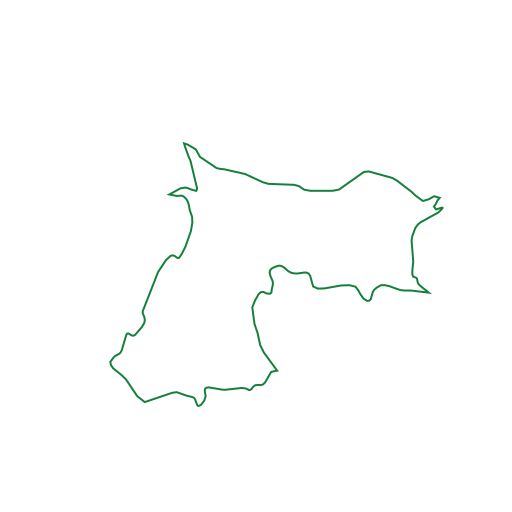 the County of Koprivničko-Križevačka, rotated 323°
{"feature_id": "HRV-1608", "entity_name": "Koprivničko-Križevačka", "entity_type": "County", "adm_level": 1, "iso_a3": "HRV", "parent_name": "Croatia", "parent_adm1": "", "projection": "albers", "projection_center": [16.81, 46.118], "detail": "fine", "context": "isolated", "style": "outline", "palette": "green", "viewbox_px": 512, "rotation_deg": 323, "n_neighbors": 0, "source": "natural_earth", "source_scale": "10m", "svg_char_len": 2650}
<svg xmlns="http://www.w3.org/2000/svg" viewBox="0 0 512 512"><g transform="rotate(323 256 256)"><path d="M273.7,151.2L277.4,162.0L280.0,165.1L282.7,167.5L296.6,183.9L305.8,201.1L309.4,205.9L329.3,222.1L332.4,226.1L334.3,231.9L338.6,236.6L356.7,250.2L362.3,252.9L392.7,253.8L396.9,256.3L411.9,275.8L414.0,280.8L418.8,298.1L419.7,303.5L422.4,312.5L428.2,314.7L434.3,315.5L437.7,320.1L434.9,320.7L430.3,322.9L427.8,323.6L427.8,327.2L433.3,329.1L434.0,329.7L433.6,330.1L431.1,330.6L427.4,330.9L407.8,328.1L404.2,328.3L400.3,329.4L393.2,333.9L391.3,335.5L389.2,337.8L378.3,355.0L372.3,361.5L369.9,364.6L369.1,366.9L370.8,369.8L370.9,371.1L369.1,374.8L368.9,376.6L369.4,379.3L371.9,389.2L358.8,376.7L353.6,372.8L351.5,370.8L349.3,368.0L344.2,360.1L341.1,356.6L338.1,354.5L333.1,353.9L330.2,354.1L327.8,354.9L321.6,359.6L319.4,359.8L317.7,358.7L316.2,354.6L316.3,350.2L317.0,344.9L317.0,340.4L313.0,335.5L306.3,330.8L291.0,323.0L285.6,319.1L283.3,314.7L287.4,304.2L287.5,301.8L286.4,299.7L284.5,298.2L278.2,294.7L275.8,292.7L274.0,290.5L272.9,288.1L272.4,286.7L272.0,284.4L271.1,280.9L270.1,279.1L268.8,277.7L266.2,276.6L263.5,275.8L261.0,275.5L258.9,275.8L257.1,277.2L255.6,280.3L254.2,285.9L253.5,287.4L252.0,289.2L248.4,292.2L247.4,293.4L246.1,294.5L244.5,294.6L241.8,292.2L240.5,289.4L238.2,287.8L235.3,288.0L228.5,290.9L222.1,294.8L218.3,301.5L213.9,309.4L210.8,318.7L205.7,329.7L204.2,337.8L203.9,360.3L198.4,357.7L187.3,362.4L184.5,362.8L182.1,362.0L180.5,360.5L177.5,358.7L175.2,358.7L172.0,359.6L170.6,359.4L169.6,358.8L169.0,357.1L167.6,355.1L165.2,352.8L150.9,344.3L148.7,342.5L139.2,332.5L137.1,331.3L135.6,331.4L134.6,332.2L133.5,333.5L132.8,334.9L131.6,337.4L130.2,338.6L127.5,340.4L122.5,341.8L120.3,341.4L119.3,340.3L120.0,337.1L120.9,334.4L121.2,333.1L121.1,331.9L120.5,330.7L119.7,329.6L116.7,326.0L110.7,317.0L106.7,314.8L79.2,305.7L76.8,296.2L77.9,276.6L77.0,270.4L74.3,259.6L74.6,255.6L75.9,252.9L81.6,251.2L83.0,251.1L88.3,251.8L90.0,251.4L91.9,250.6L105.0,240.9L106.4,240.5L107.2,240.8L107.8,241.7L108.7,244.1L109.4,245.3L110.4,246.0L112.1,246.2L122.0,244.1L126.5,242.2L128.7,240.2L130.0,237.7L131.0,233.8L132.2,232.0L168.1,209.9L181.6,205.1L187.8,204.5L189.7,205.2L190.9,206.7L192.1,210.3L193.4,211.2L198.1,209.6L205.2,206.1L218.9,197.0L225.1,191.2L228.5,186.3L230.6,179.8L233.2,174.5L234.2,171.5L234.6,168.6L234.3,166.4L233.9,164.6L233.2,163.4L232.3,162.6L228.8,160.3L223.8,154.7L236.3,156.5L241.0,159.0L242.4,160.8L244.4,164.1L247.4,168.0L248.6,167.5L249.8,166.2L260.9,140.7L261.3,139.3L261.8,136.7L264.9,126.6L266.3,122.8L268.5,125.9L272.1,134.6L270.9,143.1L273.7,151.2Z" fill="none" stroke="#15803d" stroke-width="2"/></g></svg>